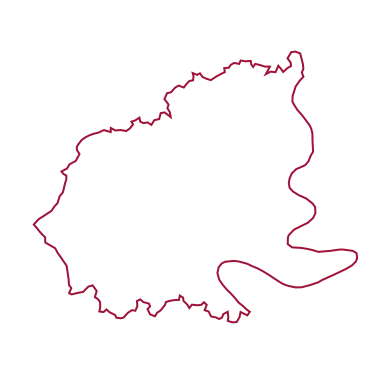 outline of Serranópolis do Iguaçu, Paraná, Brazil, rotated 266°
{"feature_id": "56859067B67809594674729", "entity_name": "Serranópolis do Iguaçu", "entity_type": "district", "adm_level": 2, "iso_a3": "BRA", "parent_name": "Brazil", "parent_adm1": "Paraná", "projection": "mercator", "projection_center": [-54.035, -25.477], "detail": "fine", "context": "isolated", "style": "outline", "palette": "rose", "viewbox_px": 384, "rotation_deg": 266, "n_neighbors": 0, "source": "geoboundaries", "source_scale": "gbopen_adm2", "svg_char_len": 3144}
<svg xmlns="http://www.w3.org/2000/svg" viewBox="0 0 384 384"><g transform="rotate(266 192 192)"><path d="M299.2,311.2L303.6,309.9L307.1,311.7L312.1,311.5L322.7,309.6L324.9,304.7L324.6,300.8L318.6,296.6L314.3,299.4L310.8,299.6L309.0,295.9L305.4,291.3L309.2,289.0L311.9,286.9L305.7,283.7L306.6,278.8L304.4,273.9L311.6,278.4L312.1,273.3L313.9,268.7L315.4,264.0L312.5,261.7L315.2,260.0L318.6,259.8L318.7,254.1L319.8,249.7L316.5,248.0L317.8,242.9L316.1,239.5L313.4,237.4L313.3,232.8L309.3,233.1L307.8,229.3L305.7,224.7L302.3,218.6L304.1,214.0L306.0,210.6L309.8,208.2L308.5,205.2L310.6,201.0L307.1,201.6L303.3,200.8L303.0,197.3L300.7,194.6L296.8,191.1L299.1,186.1L297.1,182.2L293.0,178.1L292.3,174.0L286.6,171.0L280.9,174.7L277.3,173.3L273.3,175.4L268.2,176.0L273.3,170.2L272.9,166.3L267.0,164.3L266.3,159.4L261.8,156.2L264.5,152.5L264.1,148.4L265.8,145.3L269.8,144.7L267.4,140.4L266.4,136.5L263.5,137.9L259.6,134.3L257.4,130.6L258.7,125.5L258.8,119.7L261.5,115.5L257.5,115.1L259.9,108.4L257.8,102.9L256.9,97.8L255.6,93.3L254.0,89.6L251.8,85.8L247.7,82.1L244.8,80.1L241.8,80.2L237.7,82.4L231.1,78.2L228.2,71.8L224.1,68.9L221.6,63.2L219.1,64.9L217.1,67.8L212.9,67.4L210.2,66.2L200.7,63.2L197.0,59.7L190.3,57.1L187.0,53.6L182.9,50.4L175.5,37.0L170.6,31.9L167.3,34.4L161.5,38.4L157.1,42.3L151.9,42.1L145.4,51.6L140.9,53.6L136.3,56.4L127.1,61.8L113.9,62.8L107.9,62.8L104.5,64.9L99.7,62.3L98.2,64.9L99.1,69.4L99.9,76.4L104.8,81.9L105.8,86.4L103.2,88.0L99.9,90.0L93.9,87.8L91.6,90.8L88.6,92.6L83.2,92.4L79.3,91.2L78.4,95.4L80.8,98.5L77.8,101.4L74.7,106.7L71.9,107.8L71.0,112.0L71.5,115.1L74.0,117.5L76.1,119.8L78.3,123.9L77.5,127.2L81.9,129.5L87.1,129.5L88.5,132.9L85.6,135.7L83.7,141.2L80.9,142.3L78.3,139.5L72.9,141.6L70.6,146.4L74.0,148.8L76.1,152.5L81.4,157.3L84.1,158.4L85.0,162.4L85.4,167.1L85.3,171.6L89.5,172.6L87.2,175.8L84.0,175.9L79.9,179.5L76.4,181.2L79.6,184.1L78.6,189.8L78.8,193.4L81.2,196.2L78.4,198.8L73.2,196.4L71.5,200.4L66.6,202.2L65.3,206.9L63.4,210.3L64.8,213.3L68.0,214.7L70.0,219.3L64.5,219.5L60.9,218.7L59.2,223.2L59.1,227.4L63.8,230.7L68.9,232.1L66.9,235.5L65.1,238.6L68.5,241.3L70.5,238.8L75.0,234.6L78.1,231.1L83.2,227.5L88.0,223.7L92.4,219.8L97.1,216.3L102.8,213.0L109.4,211.7L115.2,213.4L118.7,216.8L120.1,220.2L120.4,229.1L119.3,234.2L117.7,238.8L116.6,242.0L113.9,246.7L111.0,252.5L107.7,257.7L103.9,263.0L101.5,266.1L97.2,271.7L94.5,275.4L92.7,278.8L91.4,282.3L89.6,288.6L89.3,294.6L90.9,303.4L93.2,311.9L95.0,315.4L99.6,327.8L102.8,335.9L104.3,339.8L107.5,346.3L111.2,350.7L114.5,352.1L119.5,351.9L122.0,348.5L123.0,344.0L124.2,337.8L124.2,333.1L123.6,325.8L123.6,320.0L123.4,314.2L125.9,307.5L127.5,301.9L128.7,296.6L129.2,292.4L129.8,288.0L133.3,283.9L139.2,284.4L142.0,285.3L147.3,291.1L150.8,299.4L153.1,305.2L157.5,310.9L162.5,313.7L168.5,313.7L172.1,311.5L177.6,305.4L181.4,298.3L185.4,292.8L189.3,289.7L194.0,289.2L198.4,290.2L203.5,292.8L207.6,297.6L208.9,301.5L211.0,307.0L214.8,310.5L219.9,312.9L223.7,315.6L235.0,315.8L241.8,316.2L246.7,315.4L250.4,314.0L261.2,307.0L266.6,302.8L272.6,299.6L275.3,298.5L280.9,299.1L290.1,302.8L295.5,307.2L299.2,311.2Z" fill="none" stroke="#9f1239" stroke-width="2"/></g></svg>